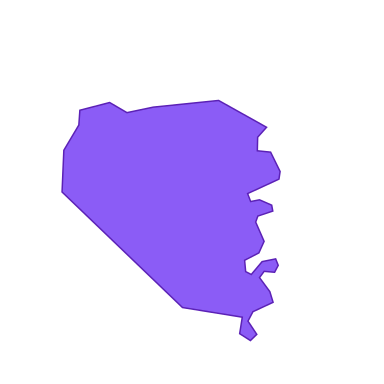 Henry, Kentucky, United States of America, rotated 38°
{"feature_id": "52423323B56521650356129", "entity_name": "Henry", "entity_type": "district", "adm_level": 2, "iso_a3": "USA", "parent_name": "United States of America", "parent_adm1": "Kentucky", "projection": "orthographic", "projection_center": [-85.03, 38.466], "detail": "fine", "context": "isolated", "style": "filled", "palette": "violet", "viewbox_px": 384, "rotation_deg": 38, "n_neighbors": 0, "source": "geoboundaries", "source_scale": "gbopen_adm2", "svg_char_len": 666}
<svg xmlns="http://www.w3.org/2000/svg" viewBox="0 0 384 384"><g transform="rotate(38 192 192)"><path d="M72.0,172.2L53.3,196.6L61.6,208.9L65.3,238.0L89.6,272.0L255.6,288.9L308.7,259.7L316.8,274.3L329.5,273.1L330.7,264.3L315.6,259.3L313.7,248.8L323.8,229.0L314.7,222.6L297.9,217.9L297.7,210.1L306.5,204.4L305.1,196.7L299.1,193.2L290.1,203.7L289.5,220.5L283.3,221.7L275.5,213.4L282.2,198.8L279.2,186.5L260.7,176.5L258.7,170.4L267.4,157.3L262.9,153.3L250.0,156.6L244.1,163.4L236.8,159.0L252.6,128.3L248.8,121.6L229.4,112.2L218.1,119.3L210.0,108.4L210.9,95.1L156.6,103.5L109.2,149.0L91.9,169.5L72.0,172.2Z" fill="#8b5cf6" stroke="#5b21b6" stroke-width="1.5"/></g></svg>